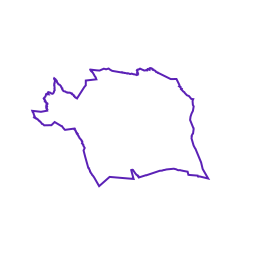 Elverum nor, Hedmark, Norway, rotated 205°
{"feature_id": "86288312B6884926742190", "entity_name": "Elverum nor", "entity_type": "district", "adm_level": 2, "iso_a3": "NOR", "parent_name": "Norway", "parent_adm1": "Hedmark", "projection": "robinson", "projection_center": [11.871, 60.973], "detail": "fine", "context": "isolated", "style": "outline", "palette": "violet", "viewbox_px": 256, "rotation_deg": 205, "n_neighbors": 0, "source": "geoboundaries", "source_scale": "gbopen_adm2", "svg_char_len": 5723}
<svg xmlns="http://www.w3.org/2000/svg" viewBox="0 0 256 256"><g transform="rotate(205 128 128)"><path d="M104.8,192.9L109.7,190.5L110.3,190.4L123.3,190.7L124.0,190.5L124.4,190.9L124.7,190.9L126.1,190.6L127.0,191.2L127.6,191.4L128.0,191.3L129.4,191.4L129.6,191.6L130.0,191.2L130.3,191.2L130.8,191.8L131.3,192.0L131.8,192.0L131.9,191.7L132.4,191.5L132.9,191.8L133.7,191.3L133.7,190.8L133.5,190.5L133.5,190.3L133.2,189.8L134.2,189.7L134.7,189.9L135.0,189.8L135.0,189.3L134.9,189.1L135.2,188.9L135.3,188.7L135.1,188.3L135.4,188.2L135.7,188.4L135.9,188.4L136.1,187.8L136.5,187.7L137.3,187.1L137.9,186.9L138.5,187.0L139.4,186.9L142.2,186.9L142.5,186.5L142.5,186.1L143.8,185.1L143.7,184.9L144.1,184.5L143.7,184.2L143.7,183.9L143.9,183.7L143.5,183.5L143.2,182.9L143.3,182.6L143.1,182.4L143.1,182.2L142.3,182.1L142.1,181.9L142.3,181.6L142.1,181.5L142.1,181.2L142.3,181.0L141.9,180.7L142.1,180.5L141.8,180.4L142.4,179.7L142.9,179.8L143.3,179.6L144.7,179.4L145.4,179.1L147.7,178.8L147.9,178.7L148.3,178.2L149.0,177.8L151.3,177.6L151.7,177.0L152.9,176.9L153.6,176.7L154.2,176.6L154.3,176.4L154.7,176.2L155.2,176.3L156.0,176.1L156.5,175.7L156.9,175.8L157.2,176.0L157.4,175.8L157.3,175.6L166.1,173.2L166.8,173.1L169.0,173.3L170.7,173.7L172.7,171.9L173.7,171.8L175.0,171.5L178.0,168.1L180.5,167.1L186.9,165.0L186.9,164.9L186.6,164.8L186.2,164.4L185.8,164.2L185.6,164.0L184.6,163.7L184.3,163.9L184.2,163.9L183.8,163.5L182.7,162.9L181.9,162.3L181.2,161.9L181.0,161.6L179.8,160.8L179.1,160.5L177.9,159.5L177.7,159.0L177.3,158.7L186.3,153.2L184.3,148.8L184.9,146.7L186.7,133.3L187.6,133.6L188.2,133.3L188.5,133.5L189.1,133.5L189.7,134.0L190.2,134.0L190.2,134.3L190.6,134.4L191.0,134.8L191.9,135.0L192.3,134.8L192.8,134.9L192.8,135.2L193.0,135.3L193.3,135.6L193.7,135.7L194.4,135.3L195.7,135.5L196.4,135.0L196.6,135.0L197.1,134.8L197.7,134.8L198.1,134.5L198.1,134.4L199.2,134.3L199.7,134.5L200.1,134.6L201.1,134.3L202.1,134.2L202.4,134.3L202.8,134.7L203.5,134.9L203.8,135.1L204.1,135.4L204.0,135.5L204.3,135.9L204.3,136.2L204.8,136.3L205.5,136.6L205.6,136.9L205.9,137.0L206.6,137.7L207.2,137.8L207.6,138.1L208.2,138.3L208.5,138.2L209.6,138.2L210.0,138.7L210.6,138.9L211.7,139.5L212.2,140.0L212.2,140.3L212.7,140.5L212.8,140.8L213.4,140.9L213.9,141.3L214.5,141.6L214.8,141.6L215.3,141.4L215.5,141.8L215.9,141.9L215.9,141.5L215.3,140.9L214.5,140.5L214.2,140.1L214.0,139.3L213.8,138.9L213.7,137.8L213.3,137.2L213.5,136.6L212.7,135.5L212.8,135.3L212.4,134.9L212.3,134.6L211.8,134.0L211.5,133.3L211.5,132.9L211.4,132.7L211.1,132.5L211.0,132.0L210.7,131.8L210.4,131.3L210.4,130.9L210.6,130.0L210.4,129.6L210.3,128.7L210.5,127.9L210.7,127.3L211.1,127.0L211.6,127.0L212.1,126.8L213.3,127.2L214.2,126.9L214.8,127.0L215.0,127.0L215.1,126.8L215.6,126.5L215.6,126.4L215.1,126.0L214.7,125.3L214.3,125.0L214.7,124.9L215.1,124.5L215.4,124.5L215.8,124.4L216.3,124.5L216.5,124.3L216.5,124.0L216.2,123.8L216.4,123.4L216.3,122.8L216.1,121.6L216.6,120.4L216.9,119.3L215.8,118.9L215.9,118.4L215.1,118.1L215.0,117.9L214.7,117.8L214.8,117.6L214.7,117.5L214.2,117.2L214.3,116.9L214.0,116.9L213.9,116.8L213.5,116.8L213.5,116.7L213.1,116.3L212.8,116.4L212.3,116.1L211.6,116.3L211.1,115.8L211.1,115.6L211.3,115.4L211.2,115.2L211.5,114.4L211.0,113.9L211.3,113.8L210.8,113.3L211.0,113.1L210.5,112.9L210.5,112.7L210.3,112.4L210.3,112.2L210.5,112.0L210.7,111.9L210.7,111.7L209.7,111.5L209.6,110.6L209.3,110.2L208.9,110.2L209.0,109.9L208.6,109.5L213.7,105.9L222.0,103.1L221.0,102.1L219.8,101.5L219.4,100.8L218.5,99.9L217.7,99.2L217.4,99.1L217.3,98.9L217.2,98.7L217.5,98.4L217.4,98.3L217.5,98.1L216.6,98.0L216.6,97.9L216.0,98.1L215.3,98.0L215.3,97.8L215.4,97.7L215.0,97.6L214.7,97.7L214.6,97.9L214.1,97.8L213.7,97.6L213.3,97.7L212.9,97.4L211.9,97.0L211.5,97.1L211.3,96.8L210.7,96.7L210.3,96.7L210.1,96.5L209.5,96.4L208.5,95.8L208.0,95.7L207.8,95.4L206.6,95.5L205.1,95.0L198.6,98.2L198.3,99.0L197.0,102.4L189.2,101.6L188.8,101.8L186.4,100.5L185.6,100.2L185.2,99.9L184.3,99.7L176.1,105.0L175.9,104.9L175.9,104.6L176.1,104.4L176.1,104.1L175.2,103.9L175.0,103.7L174.6,103.7L173.7,102.9L173.8,102.7L173.7,102.6L172.0,101.9L171.9,101.8L172.0,101.7L171.7,101.6L171.8,101.5L171.6,101.4L171.7,101.1L170.9,100.8L170.9,100.7L170.4,100.5L169.9,100.0L169.4,99.9L169.0,99.3L168.0,98.9L167.6,98.3L165.8,97.7L165.3,97.3L165.1,97.3L164.9,97.0L164.1,96.7L163.9,96.6L164.0,96.3L163.7,96.1L163.4,95.5L163.0,95.2L163.1,94.6L162.6,94.5L162.0,94.2L161.9,93.9L161.2,93.7L161.2,93.4L160.5,92.7L160.1,92.5L158.8,91.6L158.8,88.9L154.7,83.9L147.5,75.5L147.3,75.2L147.0,75.0L146.5,75.0L146.5,74.8L146.4,74.7L145.4,74.1L145.0,73.6L144.5,73.3L144.0,72.4L143.3,72.2L142.6,71.5L141.8,71.2L140.5,70.2L139.9,70.1L137.8,68.9L129.6,63.1L124.0,75.9L101.4,84.2L102.3,85.2L102.6,85.2L102.6,85.6L107.3,91.2L106.7,91.8L106.3,91.5L105.7,92.0L102.1,89.9L100.7,89.3L100.5,89.1L99.3,89.2L98.8,89.0L99.1,88.8L98.7,88.4L98.0,88.2L97.3,87.7L91.8,92.8L91.5,92.8L81.1,102.7L79.2,103.7L78.0,104.9L77.3,105.3L75.6,106.7L69.2,110.5L67.9,110.7L67.3,110.9L65.0,110.9L64.3,111.1L63.1,111.8L61.7,112.0L61.3,112.2L60.5,112.3L55.5,113.6L53.5,111.1L52.2,111.5L44.7,114.3L44.1,113.6L43.8,113.6L42.6,114.4L42.0,114.5L34.0,116.1L43.0,122.4L47.2,127.7L58.1,137.7L58.6,137.9L61.1,139.8L66.1,145.5L66.6,147.3L66.9,147.4L67.0,147.7L67.0,149.8L66.7,150.4L68.1,154.9L68.6,155.4L68.6,155.6L68.9,155.7L75.1,161.5L76.1,164.6L76.2,165.4L76.5,167.9L76.4,170.9L77.4,174.6L77.6,175.3L79.0,176.4L80.8,179.6L81.0,180.2L81.1,181.7L82.9,181.1L86.2,182.7L88.5,182.6L91.5,183.8L92.1,184.3L93.3,184.4L95.6,185.4L95.7,185.5L95.8,185.5L95.7,185.7L95.7,185.8L96.2,186.0L96.1,186.3L96.6,186.3L97.1,186.6L98.0,187.1L98.9,187.3L98.6,187.6L99.1,187.7L99.0,187.9L99.1,188.0L99.3,188.3L99.7,188.8L104.8,192.9Z" fill="none" stroke="#5b21b6" stroke-width="2"/></g></svg>